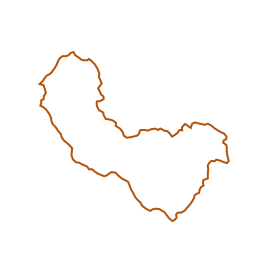 the district of Mairinque, São Paulo, Brazil, rotated 132°
{"feature_id": "56859067B61135260351359", "entity_name": "Mairinque", "entity_type": "district", "adm_level": 2, "iso_a3": "BRA", "parent_name": "Brazil", "parent_adm1": "São Paulo", "projection": "equal_earth", "projection_center": [-47.236, -23.519], "detail": "fine", "context": "isolated", "style": "outline", "palette": "amber", "viewbox_px": 256, "rotation_deg": 132, "n_neighbors": 0, "source": "geoboundaries", "source_scale": "gbopen_adm2", "svg_char_len": 2256}
<svg xmlns="http://www.w3.org/2000/svg" viewBox="0 0 256 256"><g transform="rotate(132 128 128)"><path d="M102.8,203.2L105.0,203.6L107.4,206.5L108.5,208.7L108.6,211.7L109.2,216.1L108.0,219.2L110.3,220.8L113.9,220.9L116.4,222.4L118.3,224.6L121.5,225.4L124.5,224.9L129.1,223.3L132.2,222.6L134.7,222.4L137.2,222.0L140.4,222.2L142.8,223.3L144.9,223.5L150.5,222.7L154.4,223.1L152.7,219.2L154.6,216.1L156.8,212.6L160.5,211.9L163.1,210.0L165.5,211.0L167.7,209.0L170.1,208.1L169.2,205.2L169.1,200.8L170.3,195.8L171.9,192.1L174.2,189.3L175.5,186.5L175.8,182.1L176.9,178.2L177.4,174.1L179.4,170.8L180.2,166.9L179.9,161.4L180.4,156.0L182.9,154.1L186.1,151.8L188.2,147.9L188.2,143.7L186.5,141.1L185.7,137.5L184.1,133.0L184.7,129.0L182.8,127.3L182.6,124.0L182.1,119.9L180.8,116.3L179.7,113.3L177.1,111.9L174.8,111.6L171.9,110.8L169.5,107.5L169.9,103.5L169.6,98.2L168.6,94.9L167.9,92.0L169.7,88.3L171.7,84.4L173.2,79.7L174.5,76.4L175.0,73.5L175.1,68.7L176.3,65.3L176.0,60.7L174.7,56.0L172.1,55.3L169.6,53.7L167.3,50.4L166.2,44.7L166.9,40.3L167.6,37.6L167.4,32.7L164.9,31.8L162.1,31.9L160.1,34.4L157.8,34.5L155.3,31.9L151.7,30.6L149.3,30.7L146.9,30.7L143.7,30.8L140.5,31.1L138.0,31.6L135.6,32.2L133.5,33.4L131.2,33.1L128.7,31.8L125.6,33.6L123.0,34.2L120.2,33.3L118.6,35.7L116.1,37.2L112.1,34.9L107.3,39.2L105.1,40.6L102.7,43.5L99.8,44.3L96.8,44.1L94.7,41.4L92.4,41.2L90.5,37.6L89.2,33.7L87.8,30.9L85.0,31.2L82.4,35.2L80.5,37.6L79.0,39.3L76.8,41.1L74.8,43.5L75.2,47.6L73.2,48.5L70.5,47.6L68.5,49.0L67.8,52.7L69.2,57.2L70.3,63.2L70.4,67.8L71.4,71.5L74.1,73.0L76.6,77.1L79.0,81.9L81.7,83.1L83.8,82.5L85.9,81.4L86.4,85.1L86.7,88.2L89.1,88.4L91.7,88.2L93.5,86.2L95.0,88.4L98.1,87.9L101.2,88.4L105.0,89.5L104.2,93.3L104.0,96.6L105.6,99.0L106.7,103.5L109.3,104.3L110.1,107.1L113.1,109.8L116.6,111.5L118.5,114.6L121.4,117.5L125.3,115.9L127.5,116.1L130.1,117.8L133.0,119.9L136.0,122.3L136.5,126.0L134.4,129.5L133.8,133.6L134.6,138.4L132.1,140.6L132.7,144.7L134.1,147.6L136.2,150.7L134.7,154.7L133.1,156.8L134.1,161.6L132.9,165.0L131.2,167.3L129.1,168.9L126.6,166.7L122.9,165.4L121.0,167.4L121.1,170.6L119.6,173.6L118.6,176.7L112.6,177.4L110.8,180.7L109.8,183.5L107.0,185.5L104.5,190.0L102.9,195.1L102.6,199.4L102.8,203.2Z" fill="none" stroke="#b45309" stroke-width="2"/></g></svg>